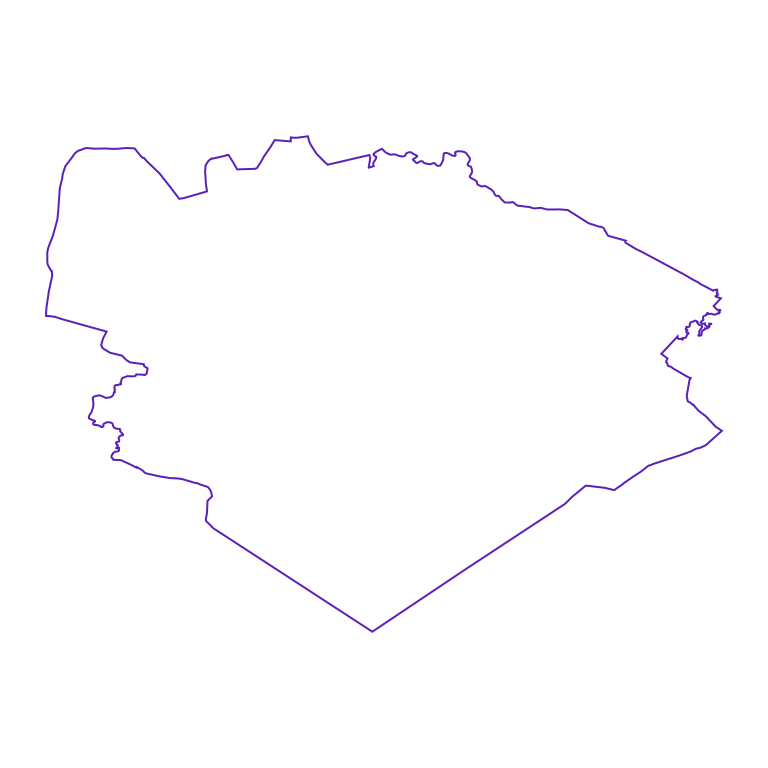 outline of Čornajas pag., Rezeknes, Latvia
{"feature_id": "27541924B53190553604888", "entity_name": "Čornajas pag.", "entity_type": "district", "adm_level": 2, "iso_a3": "LVA", "parent_name": "Latvia", "parent_adm1": "Rezeknes", "projection": "robinson", "projection_center": [27.431, 56.389], "detail": "fine", "context": "isolated", "style": "outline", "palette": "violet", "viewbox_px": 768, "rotation_deg": 0, "n_neighbors": 0, "source": "geoboundaries", "source_scale": "gbopen_adm2", "svg_char_len": 6075}
<svg xmlns="http://www.w3.org/2000/svg" viewBox="0 0 768 768"><path d="M372.3,631.7L467.0,568.3L565.1,503.8L572.6,496.4L585.8,485.6L604.7,487.8L614.2,490.1L622.5,484.4L622.8,483.9L633.1,476.7L640.4,472.0L648.6,465.6L650.1,465.3L653.6,463.8L678.3,455.9L685.5,453.4L691.1,451.3L696.0,448.7L700.4,447.7L705.8,445.2L721.9,430.8L715.8,426.8L705.9,416.3L698.6,410.8L693.1,404.6L692.9,404.8L690.2,402.6L687.7,401.3L687.7,400.8L686.8,396.4L686.9,394.7L689.3,380.9L689.7,379.6L690.7,378.1L688.5,377.3L685.4,375.6L673.6,368.8L670.6,366.5L668.7,366.3L667.6,365.2L667.3,363.1L666.0,361.8L667.5,358.5L661.3,353.8L677.6,336.4L677.8,338.4L678.0,338.7L679.6,339.1L681.0,338.9L682.5,339.7L682.8,339.1L681.9,338.6L682.0,338.3L685.6,337.7L686.2,337.0L687.1,334.6L688.5,333.6L688.6,333.3L688.0,332.7L686.8,332.5L686.2,331.8L686.4,330.8L687.3,330.2L687.3,329.8L686.1,329.5L685.7,329.0L685.9,328.2L686.4,327.7L686.5,326.9L688.4,327.0L689.4,326.4L690.0,325.4L689.7,324.1L690.2,322.8L691.0,322.2L693.5,321.4L695.0,320.6L696.5,321.0L697.5,321.9L697.0,322.3L699.1,324.9L699.7,325.2L701.2,325.3L701.9,326.0L702.0,327.1L701.8,327.7L699.6,330.6L699.2,331.6L699.3,334.5L698.4,335.4L698.6,335.7L700.3,335.7L701.3,335.2L701.6,334.4L701.7,331.9L702.4,330.9L704.9,329.2L705.1,328.3L706.8,328.6L708.5,327.6L709.5,326.6L709.6,324.6L709.8,324.2L712.0,324.0L711.1,323.7L709.1,323.7L709.3,325.0L709.0,326.2L707.1,326.5L705.1,324.9L705.0,323.4L703.1,323.9L700.6,322.6L700.9,322.0L702.1,320.6L703.3,320.1L703.4,319.4L702.9,317.5L703.6,316.2L706.2,315.1L706.6,313.9L707.3,313.0L707.8,313.0L708.2,314.0L708.7,314.1L711.0,313.7L714.1,314.6L715.8,314.5L717.7,313.5L719.0,313.3L719.6,312.5L718.7,312.2L719.0,311.2L719.8,310.6L721.0,310.2L717.2,309.7L713.6,306.1L720.9,298.3L715.7,296.6L715.6,296.3L716.5,296.1L716.6,295.6L717.1,295.2L716.9,294.9L717.0,294.6L717.9,294.6L717.3,293.1L716.8,293.0L717.3,290.9L717.3,289.9L716.9,289.5L716.4,289.5L715.2,290.1L713.8,290.1L713.2,290.7L700.0,283.8L697.9,282.2L692.3,279.3L684.5,274.7L642.1,252.0L636.1,249.1L625.5,242.7L625.1,240.9L625.5,240.6L608.1,235.8L605.6,231.6L604.8,230.7L604.3,229.1L603.6,228.2L602.5,227.4L600.5,226.7L599.3,226.7L588.5,223.2L567.9,210.1L560.2,209.4L547.1,209.5L540.7,207.8L534.7,208.4L533.4,208.3L529.3,207.0L517.9,205.7L516.5,205.0L513.7,202.6L512.4,202.0L510.4,202.6L504.7,202.4L501.3,199.2L499.1,196.2L498.7,195.9L496.3,195.9L495.2,195.1L493.3,191.5L491.2,189.5L485.2,185.9L481.8,186.5L477.7,184.7L477.3,184.1L476.9,182.0L476.5,181.2L474.6,179.9L471.7,178.4L470.0,177.3L469.7,176.3L471.6,173.3L472.0,172.2L472.1,170.6L471.6,168.5L470.9,166.8L468.0,165.4L467.6,164.9L467.6,164.5L468.0,163.3L469.8,160.4L469.9,158.2L466.1,153.1L464.8,152.2L462.3,151.5L458.4,151.2L455.8,151.8L455.1,152.5L455.6,154.8L455.5,155.6L454.7,156.0L451.8,155.3L448.7,153.6L446.9,153.0L445.3,152.9L444.0,153.4L443.7,153.8L443.2,159.7L441.5,163.6L440.3,165.5L438.4,165.9L437.4,165.7L436.3,165.1L434.7,163.2L433.5,163.1L430.8,164.1L429.4,164.2L424.5,163.2L423.9,162.8L422.9,161.6L422.0,161.2L420.4,161.3L417.3,163.0L416.8,163.1L416.1,162.8L415.3,161.7L413.6,160.5L413.0,159.4L416.8,156.8L417.2,156.3L417.1,156.0L415.6,154.9L413.5,154.1L412.3,153.1L410.8,152.3L409.2,152.2L407.0,153.0L406.2,153.5L405.0,155.8L402.5,156.6L398.5,155.7L394.8,154.3L390.7,154.7L388.7,154.1L385.7,152.4L381.8,148.8L376.0,151.9L374.3,153.3L373.5,154.3L373.6,154.9L374.1,155.4L376.3,156.9L375.7,159.3L373.7,162.2L373.4,162.9L373.3,164.7L373.7,166.2L368.8,167.6L368.7,167.4L370.3,157.8L369.4,155.0L327.7,164.7L325.2,162.5L316.6,153.9L310.8,144.9L309.1,141.2L307.9,136.3L297.3,137.7L294.0,137.8L290.9,137.4L290.7,141.4L274.7,140.1L270.1,147.6L263.9,156.5L261.2,161.4L257.2,167.8L255.3,168.8L237.2,169.4L233.7,163.3L228.5,154.9L226.6,155.0L226.3,155.5L211.9,158.8L211.5,158.5L208.6,160.7L205.6,165.3L205.1,171.3L205.9,183.9L207.0,191.4L183.4,198.2L179.2,198.8L170.6,187.5L159.4,173.3L147.0,161.4L143.9,157.9L142.6,157.8L140.6,155.9L134.6,148.4L126.3,148.0L118.8,148.7L114.2,148.9L104.6,148.5L94.1,148.7L86.8,148.0L84.1,148.5L82.1,149.5L77.9,150.9L74.8,153.4L72.2,157.2L65.3,166.2L62.6,174.7L62.3,177.9L59.8,188.3L58.2,211.2L57.4,219.4L52.9,235.8L48.2,247.9L47.3,252.3L47.3,261.2L47.5,263.6L47.9,265.0L48.9,266.9L51.0,270.6L51.8,270.9L52.2,275.7L48.8,291.6L46.5,307.3L46.1,312.4L46.1,316.0L50.1,316.2L54.9,316.8L61.8,319.1L106.6,331.6L103.2,338.1L101.7,343.2L101.2,345.2L102.2,347.5L103.6,348.8L109.9,352.7L121.9,355.6L126.5,360.1L129.5,362.1L132.0,362.7L143.3,364.1L143.8,364.3L144.1,366.1L147.6,368.3L146.6,373.8L144.7,375.1L142.9,374.7L136.7,374.4L136.1,374.5L135.8,375.6L134.8,376.2L132.2,376.4L127.7,376.1L122.9,377.8L122.0,378.5L121.5,379.3L121.3,381.3L120.5,382.6L121.1,383.8L120.7,384.5L119.3,384.4L118.1,385.0L115.7,385.1L114.7,385.9L114.3,388.4L115.0,389.6L114.6,390.5L114.8,392.2L114.0,392.3L113.3,394.9L111.8,396.5L110.3,397.2L107.6,397.8L105.5,397.9L103.3,396.7L100.2,395.5L98.6,395.4L94.1,396.5L93.1,397.3L92.7,398.1L93.3,401.8L93.4,405.6L92.9,408.1L91.3,412.5L89.4,415.3L88.8,416.9L89.0,418.3L89.5,418.7L93.6,420.6L94.5,420.6L95.0,420.9L94.9,421.6L93.3,422.9L93.2,424.1L94.3,425.0L95.9,424.9L97.6,425.2L98.7,425.7L100.2,426.0L101.3,427.1L102.3,427.0L103.4,426.4L103.3,424.7L103.8,423.7L107.4,422.1L110.4,422.5L111.7,423.0L112.6,423.8L113.3,426.4L114.3,427.9L116.4,428.6L119.9,429.1L120.3,429.5L120.1,431.2L120.3,431.5L122.3,433.6L122.4,434.1L122.9,434.3L123.0,435.0L122.6,435.3L120.3,435.7L118.7,437.5L118.6,438.4L119.2,439.8L119.1,441.4L116.5,442.2L115.9,442.9L116.4,443.9L117.6,444.7L117.6,445.2L117.2,445.6L117.7,446.4L116.5,447.6L116.3,448.1L117.4,448.4L118.5,447.7L119.0,447.7L119.1,448.0L118.7,449.0L119.0,449.8L119.0,450.5L118.1,451.3L114.9,451.8L113.8,452.5L112.8,453.4L112.8,454.0L111.8,455.2L111.5,456.6L111.6,457.7L113.3,459.0L113.3,459.8L120.7,460.1L129.8,464.2L136.6,467.7L136.9,467.1L142.2,470.2L145.4,473.2L159.6,476.4L170.3,478.1L177.5,478.4L181.8,479.0L195.1,482.9L198.2,483.4L199.6,484.3L206.5,486.5L208.1,487.2L209.9,489.6L211.1,492.1L212.1,496.3L207.5,500.9L207.0,512.8L205.8,519.6L206.1,521.0L213.5,528.4L372.3,631.7Z" fill="none" stroke="#5b21b6" stroke-width="2"/></svg>